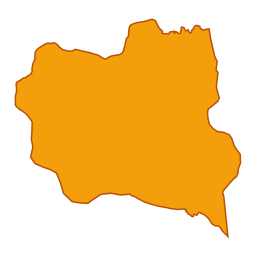 Thateng, Xékong, Laos (Natural Earth projection)
{"feature_id": "54806243B20325716676417", "entity_name": "Thateng", "entity_type": "district", "adm_level": 2, "iso_a3": "LAO", "parent_name": "Laos", "parent_adm1": "Xékong", "projection": "natural_earth1", "projection_center": [106.496, 15.416], "detail": "fine", "context": "isolated", "style": "filled", "palette": "amber", "viewbox_px": 256, "rotation_deg": 0, "n_neighbors": 0, "source": "geoboundaries", "source_scale": "gbopen_adm2", "svg_char_len": 5496}
<svg xmlns="http://www.w3.org/2000/svg" viewBox="0 0 256 256"><path d="M209.1,28.9L206.9,29.1L205.2,29.6L204.1,29.8L203.9,29.9L203.5,30.1L203.3,30.1L203.0,30.1L202.8,30.1L202.5,29.8L202.1,29.5L201.7,29.1L200.7,28.6L200.2,28.2L200.1,27.9L200.1,27.2L199.9,26.6L199.8,26.3L199.5,26.3L198.5,26.0L197.0,25.5L196.7,25.4L196.3,25.4L195.9,25.6L195.4,25.8L195.2,25.9L195.0,26.0L194.8,26.1L194.6,26.3L194.5,26.5L194.3,26.9L194.1,27.5L193.9,27.8L193.8,28.1L193.3,28.8L193.0,29.0L192.6,29.5L192.3,29.7L192.0,30.1L191.8,30.4L191.7,30.7L191.6,30.9L191.6,31.2L191.5,31.6L191.4,32.0L191.3,32.3L191.2,32.5L190.8,32.9L190.7,33.0L190.4,33.0L190.1,32.9L189.9,32.8L189.7,32.6L189.5,32.3L189.2,31.9L188.7,30.8L188.3,30.0L188.2,29.8L188.1,29.7L187.9,29.7L187.6,29.9L187.1,30.5L186.9,30.7L186.2,30.8L185.8,30.7L185.5,30.6L185.3,30.4L185.2,30.2L185.0,29.9L184.9,29.7L184.8,29.4L184.7,29.1L184.5,28.6L184.4,28.3L184.1,28.0L183.8,27.7L183.5,27.5L183.2,27.4L182.7,27.2L182.2,27.1L181.8,27.1L181.5,27.3L181.3,27.5L181.2,27.6L181.1,27.9L181.0,28.2L181.1,28.5L181.2,28.9L181.3,29.5L181.4,29.9L181.3,30.1L181.2,30.3L180.9,30.6L180.7,31.0L180.6,31.3L180.5,31.6L180.6,32.4L180.6,32.8L180.6,33.0L180.2,33.3L179.8,33.5L179.5,33.6L179.1,33.6L178.8,33.5L178.4,33.2L177.9,33.0L177.6,32.7L177.1,32.3L176.8,32.0L176.5,31.9L176.3,31.8L175.9,31.7L175.5,31.6L175.3,31.6L175.2,31.7L175.1,31.8L175.1,32.6L175.0,32.8L174.9,33.0L174.7,33.1L174.4,32.8L174.2,32.6L174.1,31.9L174.0,31.5L173.9,31.3L173.6,31.2L173.4,31.3L173.2,31.4L173.0,31.5L172.1,31.6L171.1,31.8L170.4,31.8L170.0,32.0L169.7,32.1L169.5,32.4L169.4,32.6L169.2,33.0L169.0,33.3L168.8,33.6L168.5,33.8L168.2,33.9L167.8,33.9L167.5,33.8L167.0,33.7L166.7,33.6L166.2,33.6L165.7,33.7L165.0,33.8L164.4,33.8L164.0,33.6L163.7,33.6L162.8,33.5L162.6,33.5L162.4,33.4L162.2,33.1L162.4,32.4L162.5,32.0L162.5,31.6L162.4,31.4L162.3,31.1L162.1,30.8L161.7,30.4L161.4,30.2L161.1,30.1L160.9,30.0L160.8,29.8L160.7,29.6L160.6,29.4L160.3,29.1L160.1,28.9L159.6,28.6L159.4,28.4L159.1,28.0L159.0,27.7L158.8,27.4L158.5,26.8L158.1,26.0L157.6,25.1L157.4,24.7L156.9,24.0L156.7,23.5L156.6,23.2L156.5,22.7L156.3,22.2L156.1,21.8L155.8,21.3L155.7,21.1L155.4,20.8L155.1,20.6L154.8,20.3L154.3,20.1L153.8,19.9L153.3,19.6L152.8,19.5L152.7,19.5L150.8,19.5L149.1,20.0L147.2,20.7L142.8,21.8L137.7,22.5L135.3,23.1L131.4,24.6L130.4,25.3L129.6,26.7L129.5,27.2L129.3,27.8L129.1,28.5L129.0,29.2L128.9,30.1L128.8,30.9L128.7,32.1L128.6,32.6L128.6,33.2L128.6,34.0L128.6,35.0L128.5,35.4L128.5,35.8L128.3,36.2L127.8,37.1L127.5,37.5L127.2,37.8L126.5,38.4L126.4,38.6L126.3,38.8L126.2,39.0L126.2,40.1L126.2,40.3L126.1,40.6L125.9,41.0L125.6,41.6L125.0,45.1L123.3,51.1L122.3,52.9L121.2,53.8L119.0,54.7L115.9,55.2L112.0,55.9L109.3,56.8L106.6,58.5L105.1,59.0L104.1,58.9L101.5,57.3L98.3,55.2L94.9,54.2L92.7,53.8L91.4,53.0L88.2,52.3L85.5,51.7L81.1,50.8L77.2,49.7L75.3,49.4L74.4,49.7L72.6,51.0L70.9,51.2L68.6,51.1L65.6,50.4L62.8,49.7L60.9,48.3L59.4,47.0L57.2,44.6L55.4,43.3L54.1,42.8L52.6,43.1L51.4,43.5L50.3,43.4L48.3,43.2L46.9,43.4L45.0,44.1L42.6,45.6L38.4,48.3L36.3,50.3L35.4,51.9L35.0,54.1L34.8,59.1L34.5,60.4L33.4,62.4L32.7,64.9L32.0,68.1L32.1,71.5L31.4,73.0L31.2,73.2L31.0,73.6L30.7,73.9L30.6,74.2L30.3,74.4L30.2,74.7L29.9,74.9L29.6,75.1L29.1,75.3L28.6,75.5L28.2,75.6L27.8,75.8L27.6,75.9L27.3,76.3L26.9,76.7L26.7,76.9L26.3,77.1L26.0,77.3L25.5,77.4L25.0,77.6L24.5,77.7L24.2,77.8L23.7,78.0L23.4,78.2L22.4,78.7L21.8,79.1L21.3,79.5L20.9,79.8L20.5,80.2L17.3,81.9L16.3,83.2L16.1,84.4L16.3,86.2L16.6,89.7L16.5,91.3L16.1,93.2L15.5,95.7L15.4,98.7L15.4,101.5L15.4,104.5L15.8,105.8L17.6,107.6L19.8,109.6L21.5,110.5L23.9,112.2L25.6,113.5L27.8,115.8L29.0,117.4L30.3,119.1L32.2,122.0L31.8,133.6L31.3,138.8L32.9,146.9L30.6,157.3L35.2,163.7L43.3,167.2L50.4,169.6L56.5,173.1L60.5,183.0L63.5,193.4L72.1,201.6L79.2,202.8L87.8,203.4L92.4,200.0L101.1,194.3L111.2,193.2L120.4,195.0L130.0,194.2L131.2,195.4L133.0,196.2L134.4,196.4L137.8,198.5L141.6,200.5L144.3,201.9L149.0,203.5L152.7,204.7L152.9,204.7L156.1,205.5L158.5,206.2L161.9,206.8L164.4,207.2L167.5,207.8L170.1,208.5L172.8,208.8L176.8,209.4L180.9,209.3L183.5,208.8L183.7,209.0L184.0,209.1L184.4,209.2L184.6,209.3L184.8,209.6L185.0,209.7L185.3,209.7L185.5,209.6L185.9,209.4L186.1,209.4L186.2,209.7L186.1,210.1L186.1,210.4L186.0,210.7L186.0,211.1L186.0,211.4L186.0,211.6L186.4,211.9L186.7,212.0L187.0,212.1L187.1,212.3L187.3,212.6L187.7,213.3L187.9,213.6L188.1,213.8L188.4,214.0L188.7,214.1L189.1,214.2L189.3,214.4L189.6,214.6L189.9,214.9L190.2,215.2L190.6,215.4L191.0,215.6L191.2,215.9L191.5,216.2L191.7,216.4L192.0,216.5L192.4,216.6L192.8,216.6L193.3,216.5L193.3,216.3L193.3,215.8L193.4,215.5L193.6,215.1L193.9,214.8L194.0,214.4L194.3,214.4L194.8,214.4L195.6,214.8L196.5,215.2L197.0,215.0L197.6,214.2L198.1,213.3L198.5,212.8L199.2,212.4L199.6,212.6L201.4,213.5L203.8,214.4L205.8,215.8L207.7,217.7L209.5,219.8L211.4,222.9L212.0,223.8L214.3,225.4L215.6,225.9L218.0,225.9L219.0,226.3L220.5,227.7L222.0,230.5L223.9,232.5L227.6,236.2L227.9,236.5L223.8,196.6L223.2,194.3L222.6,192.3L222.7,191.7L222.9,191.2L232.1,180.4L233.8,178.7L234.8,177.7L236.4,176.8L238.0,172.8L238.2,170.4L238.6,168.1L239.6,165.2L240.3,163.7L240.6,161.8L240.3,159.4L240.4,157.0L240.0,153.9L237.2,150.4L234.2,145.8L231.9,138.8L229.2,134.7L223.6,132.4L217.0,131.4L212.7,128.2L209.4,124.2L208.0,118.4L207.5,113.7L208.0,109.4L211.4,106.6L217.7,101.4L219.3,98.0L218.0,93.6L216.5,87.8L216.6,83.5L217.4,78.0L217.9,72.3L216.1,70.2L217.1,61.4L214.6,56.0L211.3,41.7L210.6,38.9L209.1,28.9Z" fill="#f59e0b" stroke="#b45309" stroke-width="1.5"/></svg>